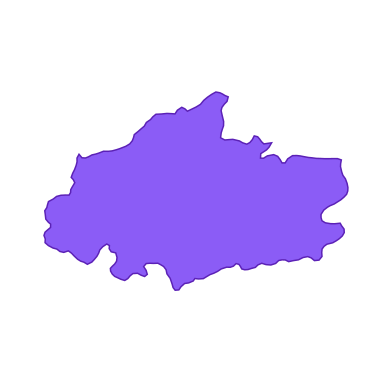 outline of Paraguaçu, Minas Gerais, Brazil, rotated 79°
{"feature_id": "56859067B60579202812316", "entity_name": "Paraguaçu", "entity_type": "district", "adm_level": 2, "iso_a3": "BRA", "parent_name": "Brazil", "parent_adm1": "Minas Gerais", "projection": "robinson", "projection_center": [-45.749, -21.568], "detail": "fine", "context": "isolated", "style": "filled", "palette": "violet", "viewbox_px": 384, "rotation_deg": 79, "n_neighbors": 0, "source": "geoboundaries", "source_scale": "gbopen_adm2", "svg_char_len": 3182}
<svg xmlns="http://www.w3.org/2000/svg" viewBox="0 0 384 384"><g transform="rotate(79 192 192)"><path d="M108.8,212.6L110.8,216.2L113.0,218.9L115.0,223.5L118.3,226.3L120.1,229.6L122.4,233.5L124.6,237.7L127.4,239.0L130.3,240.8L132.9,243.9L134.5,248.3L135.1,251.6L135.7,254.9L136.1,258.2L136.4,262.5L136.1,266.3L135.1,271.1L136.0,275.9L136.4,279.3L136.5,283.1L137.7,286.9L138.3,290.1L137.4,293.5L133.4,295.7L136.7,298.4L140.5,299.1L143.7,300.6L147.6,303.0L150.8,305.5L154.6,307.8L157.2,306.2L160.5,305.3L164.2,308.6L166.6,310.6L169.4,311.3L171.6,313.3L170.9,316.5L170.2,321.3L170.5,325.8L172.4,329.5L174.0,334.7L177.0,336.3L179.6,337.5L182.3,340.1L185.8,340.3L190.7,340.7L194.4,338.7L196.5,336.9L199.8,337.6L201.8,341.2L203.4,343.9L206.4,345.6L210.1,345.0L213.7,345.9L217.2,343.2L220.5,339.1L222.2,335.6L225.2,333.0L226.8,329.4L226.2,324.6L229.0,322.0L232.3,319.9L236.2,317.1L238.7,314.4L240.2,311.6L243.0,308.5L241.7,303.7L239.6,300.8L237.0,297.6L234.2,295.3L231.2,293.5L228.7,290.1L226.8,285.6L228.8,283.3L231.9,284.1L235.3,282.7L237.2,278.5L242.0,278.1L245.6,279.3L248.0,281.7L249.7,284.4L251.4,286.7L254.1,287.0L257.4,285.9L260.1,284.0L261.8,281.6L264.1,278.5L266.0,274.9L264.8,271.6L262.5,268.8L260.8,265.6L261.4,260.9L264.0,257.8L265.9,254.6L264.3,251.6L260.1,252.0L256.0,253.7L253.5,250.6L253.9,246.9L254.7,243.6L255.4,239.1L257.5,236.5L259.7,234.1L263.3,232.3L267.6,232.2L272.6,229.9L278.4,229.1L282.2,228.8L285.2,227.3L285.6,223.6L282.9,220.9L280.4,216.7L280.6,212.6L279.6,207.8L277.5,205.7L278.6,202.2L279.2,197.4L277.6,193.1L276.5,190.0L275.9,186.1L274.8,182.0L273.1,178.0L272.4,172.3L273.2,168.8L272.7,165.5L270.7,162.4L272.0,159.7L274.5,158.6L277.0,157.9L278.4,155.1L278.8,151.8L278.4,148.5L278.1,144.2L276.1,141.1L275.3,137.1L277.4,133.2L278.7,128.5L278.1,123.5L275.8,120.0L275.8,116.5L276.5,113.4L278.8,110.4L278.7,105.8L278.9,100.4L277.5,95.4L277.5,90.7L279.4,87.6L282.7,84.9L283.1,80.3L280.1,76.7L276.1,76.2L272.8,75.2L270.5,72.7L269.0,69.5L268.7,63.5L267.4,59.7L265.9,56.2L263.8,52.8L260.9,50.3L257.4,49.8L253.7,51.6L250.9,52.5L250.4,57.9L249.6,61.8L247.7,67.0L245.0,69.9L241.7,70.2L238.6,69.6L234.9,66.1L232.8,62.0L231.8,59.1L230.9,54.7L229.3,50.6L228.1,47.5L226.1,43.9L223.8,40.7L220.7,38.9L217.4,38.1L213.2,38.1L208.3,38.9L204.4,40.7L200.9,41.2L195.5,41.4L192.6,40.7L189.0,39.3L187.0,42.8L186.1,47.3L185.4,51.5L184.6,55.5L183.7,59.2L182.7,63.6L181.2,68.1L180.3,71.2L178.8,75.0L177.2,79.0L176.2,82.2L175.5,86.4L177.7,91.7L181.2,95.0L180.6,98.1L177.0,99.3L173.3,101.1L170.9,104.7L170.9,111.1L172.5,115.4L171.8,118.3L167.5,117.2L166.2,114.0L164.9,110.8L162.7,107.8L158.9,104.5L158.5,112.3L155.8,114.2L152.9,115.5L150.3,117.0L148.8,120.2L152.1,122.8L154.5,125.8L155.5,129.1L153.3,133.0L150.9,135.7L149.5,138.8L148.1,141.9L147.6,146.1L147.2,149.9L144.2,153.6L139.4,152.0L135.7,150.0L133.0,148.4L128.8,147.5L121.7,147.8L117.7,147.9L114.7,146.5L112.0,143.6L109.7,140.3L105.5,138.3L103.6,141.2L101.6,143.4L99.9,145.7L98.4,149.5L99.9,154.1L101.9,158.7L104.3,163.0L107.6,167.0L109.4,171.9L110.8,177.2L111.8,181.1L109.0,183.1L106.9,185.9L108.9,190.7L112.1,193.8L111.2,197.1L110.1,201.6L109.6,207.1L108.8,212.6Z" fill="#8b5cf6" stroke="#5b21b6" stroke-width="1.5"/></g></svg>